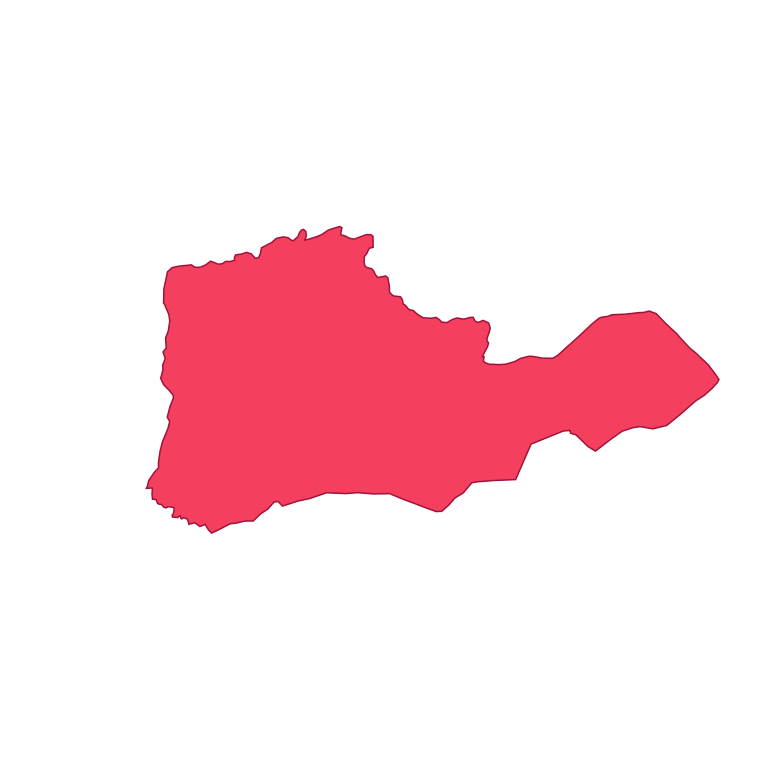 outline of Pynes Town, Sinoe, Liberia, rotated 46°
{"feature_id": "62588387B44747363578735", "entity_name": "Pynes Town", "entity_type": "district", "adm_level": 2, "iso_a3": "LBR", "parent_name": "Liberia", "parent_adm1": "Sinoe", "projection": "natural_earth1", "projection_center": [-8.563, 5.57], "detail": "fine", "context": "isolated", "style": "filled", "palette": "rose", "viewbox_px": 768, "rotation_deg": 46, "n_neighbors": 0, "source": "geoboundaries", "source_scale": "gbopen_adm2", "svg_char_len": 3470}
<svg xmlns="http://www.w3.org/2000/svg" viewBox="0 0 768 768"><g transform="rotate(46 384 384)"><path d="M613.4,139.9L612.1,139.7L609.0,139.1L595.4,137.4L588.3,137.7L577.8,138.2L571.1,139.1L559.1,138.9L550.7,138.5L537.1,139.3L522.4,139.3L519.8,140.6L515.7,142.6L512.9,147.5L511.6,149.0L510.1,150.6L501.5,161.8L492.5,171.9L490.9,175.9L486.9,181.4L486.1,183.5L485.4,190.8L485.3,191.9L485.0,213.3L484.4,227.6L484.4,228.3L484.1,239.0L482.7,244.8L475.4,252.1L467.9,257.5L464.8,260.3L460.4,268.0L459.9,270.0L458.6,274.6L454.3,282.7L449.6,288.2L445.5,291.9L443.3,294.3L439.0,296.4L436.5,296.5L434.0,293.2L432.8,294.4L430.9,289.2L429.2,283.9L427.2,280.3L423.9,279.6L422.0,276.8L419.7,272.0L417.5,268.7L412.7,266.3L407.1,268.5L405.1,273.6L401.7,274.8L398.0,273.5L395.8,276.0L393.8,279.9L392.4,281.9L387.3,285.5L385.2,289.7L383.4,296.3L379.4,299.6L377.1,299.4L372.4,300.2L369.4,304.5L363.6,309.8L358.9,311.1L355.5,311.7L351.4,311.9L348.6,313.9L346.2,314.4L342.8,313.9L339.6,314.5L335.7,312.0L332.5,311.6L328.1,315.4L325.7,316.3L321.7,316.2L319.0,313.6L317.6,312.3L310.1,307.4L307.4,307.8L303.1,314.5L299.3,314.2L295.1,312.8L292.4,312.8L288.4,315.4L285.8,315.7L282.5,313.7L278.8,309.8L278.2,305.8L276.1,300.4L277.0,298.8L278.1,296.8L270.1,289.3L267.3,289.8L264.2,293.0L261.2,299.9L259.0,304.9L255.0,307.7L250.9,308.9L246.9,311.3L245.6,310.4L242.3,305.7L240.0,306.4L236.8,312.5L234.5,317.4L233.4,324.6L231.5,329.6L227.8,337.0L225.5,341.0L223.5,336.9L220.0,334.3L216.9,334.5L215.9,336.5L216.5,340.0L218.2,343.5L217.9,349.7L216.0,350.8L212.0,351.4L208.2,354.3L204.4,360.4L204.2,366.5L200.9,377.5L204.4,382.5L205.9,386.3L204.4,389.2L197.9,389.1L193.9,391.4L191.3,396.6L188.1,400.9L188.9,403.4L191.1,405.8L189.0,409.6L185.9,412.6L185.2,416.6L182.7,420.0L178.8,421.7L175.2,423.4L174.4,429.8L172.4,434.9L168.7,439.0L164.6,439.7L156.6,449.9L153.1,455.5L152.9,461.8L157.8,469.0L162.7,476.3L169.9,483.5L172.7,486.4L173.4,486.2L184.6,490.5L190.0,494.5L196.0,502.3L199.1,509.0L202.1,511.7L206.8,515.6L207.5,520.7L213.9,523.8L216.6,530.1L220.3,533.2L224.7,540.7L231.4,543.0L239.5,543.0L245.6,543.4L247.9,545.4L251.3,553.2L257.3,563.0L262.1,564.2L265.8,570.1L271.8,583.8L277.2,592.4L284.0,601.0L287.7,604.5L288.0,610.8L290.0,620.2L293.0,624.9L294.0,627.5L295.7,625.5L297.8,622.9L298.5,623.5L302.2,627.5L306.1,630.6L307.7,629.1L309.2,628.3L312.3,629.8L314.3,629.3L316.2,627.7L318.4,627.9L319.8,627.9L321.5,627.1L322.2,624.9L323.7,623.3L327.1,620.9L328.8,622.5L331.0,625.7L331.2,627.7L332.9,628.5L336.8,625.1L336.5,623.7L337.2,622.3L339.6,623.5L340.6,623.1L341.0,620.8L344.8,619.3L349.4,621.8L352.3,616.5L358.5,615.5L361.0,610.2L366.9,611.6L371.4,611.6L373.4,606.0L373.9,604.4L377.7,591.8L381.2,587.2L386.2,579.0L391.7,573.2L391.7,562.6L393.3,554.3L392.5,545.1L395.0,541.8L401.3,541.8L408.4,527.3L415.0,516.6L419.0,508.0L422.3,500.9L423.1,500.2L436.5,487.4L443.6,478.7L455.7,468.0L466.9,456.0L479.4,450.7L491.5,444.9L501.9,440.0L511.2,435.5L511.9,435.2L515.7,430.9L516.1,421.7L515.3,412.0L517.4,402.8L516.1,389.3L519.9,383.9L531.1,370.4L531.8,369.7L544.2,355.7L529.4,319.9L542.3,287.8L546.5,282.6L547.4,283.2L547.9,283.4L549.1,283.9L552.6,282.0L554.0,281.2L557.2,281.1L570.9,280.7L579.1,278.5L580.2,269.0L581.4,258.5L581.5,257.8L582.0,254.8L582.4,251.9L583.4,245.5L588.3,235.4L592.4,229.6L595.2,227.4L603.0,221.8L607.8,213.5L610.2,209.5L610.5,206.0L611.7,192.1L612.6,172.0L614.6,161.4L614.9,154.5L615.1,151.3L614.6,143.5L613.4,139.9Z" fill="#f43f5e" stroke="#9f1239" stroke-width="1.5"/></g></svg>